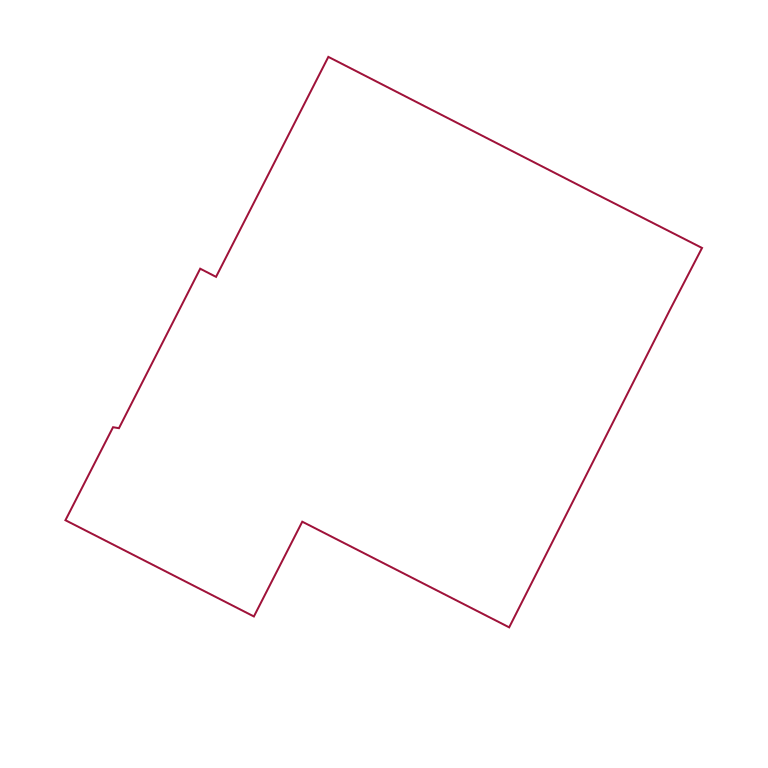 Jackson, Kansas, United States of America (Mercator projection), rotated 207°
{"feature_id": "52423323B12830113824680", "entity_name": "Jackson", "entity_type": "district", "adm_level": 2, "iso_a3": "USA", "parent_name": "United States of America", "parent_adm1": "Kansas", "projection": "mercator", "projection_center": [-95.775, 39.435], "detail": "fine", "context": "isolated", "style": "outline", "palette": "rose", "viewbox_px": 768, "rotation_deg": 207, "n_neighbors": 0, "source": "geoboundaries", "source_scale": "gbopen_adm2", "svg_char_len": 322}
<svg xmlns="http://www.w3.org/2000/svg" viewBox="0 0 768 768"><g transform="rotate(207 384 384)"><path d="M162.0,224.0L162.9,579.1L162.4,649.6L285.0,649.5L582.1,650.2L582.3,403.2L600.1,403.3L600.1,224.3L605.8,222.5L606.0,118.0L394.4,117.8L394.3,224.2L162.0,224.0Z" fill="none" stroke="#9f1239" stroke-width="2"/></g></svg>